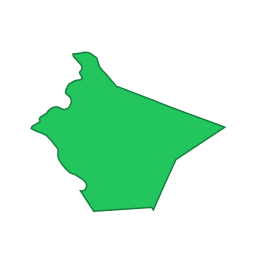 outline of M'Bagne, Brakna, Mauritania, rotated 75°
{"feature_id": "47542326B91967865285968", "entity_name": "M'Bagne", "entity_type": "district", "adm_level": 2, "iso_a3": "MRT", "parent_name": "Mauritania", "parent_adm1": "Brakna", "projection": "orthographic", "projection_center": [-13.836, 16.289], "detail": "fine", "context": "isolated", "style": "filled", "palette": "green", "viewbox_px": 256, "rotation_deg": 75, "n_neighbors": 0, "source": "geoboundaries", "source_scale": "gbopen_adm2", "svg_char_len": 1140}
<svg xmlns="http://www.w3.org/2000/svg" viewBox="0 0 256 256"><g transform="rotate(75 128 128)"><path d="M152.3,34.3L150.2,37.1L126.7,70.5L114.4,87.6L108.8,95.1L85.5,127.2L85.4,128.2L69.7,135.5L65.6,137.9L61.0,139.7L52.2,140.1L46.6,144.6L44.5,147.3L43.4,151.5L43.5,153.9L42.3,162.1L44.9,162.2L49.6,159.6L56.0,156.6L59.2,157.1L61.2,159.9L62.3,160.6L65.8,159.6L68.7,159.5L69.1,161.7L68.6,165.3L68.9,168.8L70.5,174.0L75.4,178.3L78.0,179.3L82.4,176.6L84.4,175.5L88.6,176.0L90.9,178.0L92.8,179.6L93.6,181.6L93.6,183.1L93.8,184.9L92.5,186.9L90.1,189.7L88.8,192.0L88.8,195.0L89.3,197.5L91.2,201.3L92.5,202.3L94.5,209.1L96.0,211.2L99.2,211.3L100.6,216.7L101.5,220.0L103.5,221.7L107.5,217.2L110.9,212.4L113.9,208.8L115.9,207.8L118.4,206.3L120.7,205.1L123.9,203.9L125.4,203.2L129.1,201.4L130.5,201.2L131.5,201.2L136.0,202.7L140.0,203.0L144.7,201.6L148.0,200.3L151.9,198.4L156.5,195.3L159.4,191.1L161.1,189.6L164.5,186.5L167.0,184.3L169.6,183.0L172.1,182.6L174.5,183.6L176.3,185.3L177.0,186.8L176.8,188.7L176.4,190.2L199.5,182.7L210.8,125.7L213.7,124.7L192.7,107.9L170.8,89.8L152.3,34.3Z" fill="#22c55e" stroke="#15803d" stroke-width="1.5"/></g></svg>